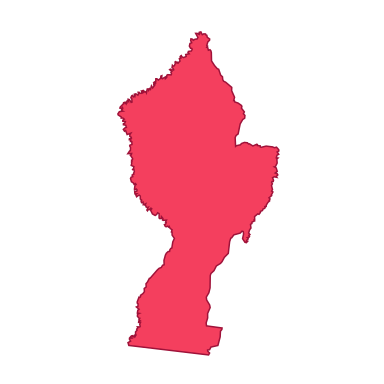 Cristalina, Goiás, Brazil (Robinson projection), rotated 187°
{"feature_id": "56859067B10276858229585", "entity_name": "Cristalina", "entity_type": "district", "adm_level": 2, "iso_a3": "BRA", "parent_name": "Brazil", "parent_adm1": "Goiás", "projection": "robinson", "projection_center": [-47.497, -16.702], "detail": "fine", "context": "isolated", "style": "filled", "palette": "rose", "viewbox_px": 384, "rotation_deg": 187, "n_neighbors": 0, "source": "geoboundaries", "source_scale": "gbopen_adm2", "svg_char_len": 6100}
<svg xmlns="http://www.w3.org/2000/svg" viewBox="0 0 384 384"><g transform="rotate(187 192 192)"><path d="M236.0,32.0L155.7,32.3L154.9,34.3L157.1,36.0L157.3,37.1L155.3,37.6L154.3,40.4L147.6,42.8L146.4,51.6L146.8,57.3L145.6,59.2L145.6,60.7L161.3,60.9L162.0,63.8L161.1,68.9L161.7,73.3L159.9,79.5L160.7,82.0L164.3,86.6L165.0,89.4L163.0,94.0L162.4,99.0L163.7,111.2L163.3,113.4L160.6,116.6L158.8,121.6L155.0,124.6L153.7,126.5L151.9,131.1L148.5,135.5L148.6,147.3L147.9,150.9L147.1,151.3L145.2,154.6L139.1,157.1L137.6,159.2L136.3,159.0L135.7,156.7L136.1,151.8L133.3,148.5L131.9,148.3L130.9,149.7L132.0,149.6L131.7,151.0L130.7,151.9L130.6,152.9L131.5,153.5L129.9,154.1L129.5,154.8L130.3,155.9L129.3,156.8L130.8,158.2L130.2,161.5L129.1,163.4L130.0,167.0L128.7,168.0L128.8,169.4L126.3,171.0L127.0,171.8L126.4,172.2L126.9,175.2L124.1,178.3L122.8,178.0L121.6,180.0L121.7,181.1L119.8,182.2L119.4,183.8L117.9,184.6L117.5,185.5L117.9,186.4L116.6,186.7L116.7,188.0L115.4,190.9L113.9,192.6L114.4,193.0L113.7,194.6L114.9,195.6L112.5,198.1L112.9,198.6L111.7,201.9L113.1,202.6L112.4,204.2L113.9,208.2L113.2,209.9L114.2,211.4L113.8,212.2L112.7,212.3L112.5,213.6L113.8,216.0L112.2,217.1L109.7,216.9L110.3,217.5L108.9,219.4L109.7,220.5L111.7,221.0L109.9,222.8L111.4,226.2L113.3,227.0L112.3,227.4L111.0,231.1L111.8,235.0L110.8,236.2L112.5,236.2L112.1,238.9L110.5,240.0L112.4,242.1L110.8,243.3L111.1,244.6L113.6,246.8L115.6,246.0L117.5,246.6L124.0,246.6L128.8,244.8L129.7,245.0L129.9,246.1L132.8,246.1L132.9,247.1L133.5,247.3L137.2,245.1L140.8,246.8L141.8,246.6L143.0,247.6L146.0,247.6L148.9,246.1L149.6,244.8L153.5,243.4L154.3,242.6L155.8,251.3L155.1,253.5L153.3,255.2L152.5,265.4L150.5,270.1L148.7,271.7L148.8,274.5L150.5,275.9L149.8,277.9L153.1,281.2L152.9,282.9L153.4,283.9L157.1,285.9L160.5,286.6L161.1,287.9L161.8,287.8L161.3,291.2L165.0,297.4L165.3,300.7L172.0,305.1L174.1,305.8L175.2,307.3L175.8,310.1L177.8,311.5L180.5,317.1L182.0,317.5L185.0,320.2L188.6,324.5L189.8,332.8L190.5,334.5L191.5,335.4L193.0,334.7L194.0,337.2L195.0,337.4L194.3,338.7L195.2,339.1L194.6,342.9L193.1,344.7L193.1,346.0L195.7,347.4L196.4,349.4L197.4,349.6L197.8,350.5L199.6,350.4L201.0,349.4L202.7,352.0L204.3,351.4L204.4,350.7L203.6,350.1L204.0,349.2L206.3,350.1L207.7,349.9L204.9,346.0L205.7,344.4L207.5,344.1L209.3,342.7L210.0,343.7L211.7,343.9L211.8,342.1L210.5,340.1L212.1,339.2L212.4,336.5L210.9,334.4L209.8,334.5L209.2,333.7L209.8,331.9L212.7,331.1L213.0,329.9L211.7,328.8L215.0,327.7L214.3,325.8L216.8,324.4L218.8,325.1L219.2,326.1L219.9,325.6L220.3,324.7L219.4,323.5L220.8,322.8L219.8,320.5L221.1,318.9L222.1,319.0L221.8,318.2L223.1,318.3L224.1,319.4L224.7,318.9L224.2,317.8L224.9,315.2L225.9,314.6L226.9,315.4L227.0,312.9L226.0,312.6L224.7,310.5L225.6,311.1L227.1,310.6L228.5,311.3L229.1,310.7L226.7,309.3L227.5,308.2L226.7,306.8L227.0,305.7L230.4,305.5L231.2,304.8L231.1,302.6L232.2,301.3L232.5,302.9L235.3,300.8L236.0,301.3L236.1,303.8L237.0,303.3L237.0,301.0L239.1,299.0L240.6,300.1L241.7,300.0L241.4,296.9L242.0,294.7L243.1,294.9L243.1,293.6L242.1,293.4L243.7,290.5L245.2,292.4L245.7,288.8L246.6,289.5L247.4,287.7L247.9,289.0L249.0,288.8L249.3,285.0L249.9,286.1L250.7,285.4L252.7,286.9L254.2,286.2L252.1,285.3L252.9,284.4L254.1,284.7L254.0,283.8L255.7,283.6L256.5,284.5L257.6,284.4L257.0,282.9L257.5,281.5L259.7,282.6L261.2,282.0L261.0,281.3L260.2,281.4L260.4,279.6L261.3,280.1L261.9,279.3L263.0,280.6L263.6,280.1L264.2,278.0L263.2,277.5L262.5,273.9L263.3,273.5L265.3,276.0L266.6,276.3L266.2,274.4L267.0,275.2L267.6,274.4L267.4,272.4L269.0,271.6L269.6,272.9L270.8,272.3L270.8,271.3L273.6,267.6L273.8,266.5L272.0,266.4L271.9,264.2L270.6,263.8L273.9,262.9L275.1,260.5L274.7,259.5L271.4,257.9L271.3,256.7L269.6,257.0L268.1,256.0L269.4,254.8L269.3,253.8L266.7,253.8L267.2,252.0L268.4,251.4L268.3,250.4L265.9,250.2L265.0,248.1L266.0,247.8L267.8,245.8L266.4,244.1L265.4,244.9L263.4,241.1L259.9,242.9L260.7,241.3L260.5,239.7L258.9,238.9L258.7,238.0L260.6,237.2L260.6,236.2L259.0,236.1L259.2,234.6L257.9,234.6L257.4,231.8L259.3,231.0L259.5,230.2L258.4,228.6L258.2,225.5L258.9,225.2L260.4,222.2L256.6,222.9L256.8,221.6L257.7,221.0L255.1,218.1L255.0,216.9L255.9,216.2L255.3,215.1L255.8,214.4L255.3,213.5L255.6,211.0L252.8,210.1L252.9,208.0L254.2,206.8L252.4,207.3L251.7,205.2L252.3,203.4L251.9,202.7L253.5,201.5L252.7,200.0L254.2,199.3L254.7,197.9L253.4,194.8L251.1,193.7L250.5,192.6L249.1,193.5L248.4,192.6L249.4,191.9L249.5,187.9L249.3,187.1L247.7,188.2L246.8,187.4L246.9,186.1L248.9,185.3L248.4,183.2L246.7,183.5L247.6,182.6L246.4,180.5L244.7,182.1L243.8,182.4L242.8,181.6L242.5,178.8L241.0,177.8L241.5,176.9L240.8,175.3L239.3,176.0L238.8,173.4L236.5,174.7L237.0,173.1L235.9,172.4L235.8,171.6L234.3,171.1L233.6,171.5L234.6,168.6L233.9,167.9L233.4,169.1L232.2,169.3L230.8,171.0L229.9,170.4L230.9,168.9L228.6,165.4L225.7,164.2L224.3,165.4L223.6,167.2L222.0,166.5L221.5,162.2L220.6,161.6L219.2,162.0L219.3,163.8L217.9,162.5L217.5,161.7L217.9,160.7L217.2,160.3L213.9,161.0L214.6,158.8L213.9,158.5L214.3,156.9L215.4,156.3L214.5,154.8L213.5,154.3L212.1,155.1L211.0,154.3L210.5,155.1L209.2,153.1L207.2,152.1L207.6,149.8L206.9,149.7L206.5,146.8L203.8,143.8L205.0,140.1L205.2,133.9L206.2,133.4L206.9,132.0L207.0,130.3L208.4,130.0L210.0,128.1L210.7,126.2L211.5,120.8L210.8,116.4L212.3,115.7L213.2,113.4L215.4,112.2L217.0,110.3L223.0,101.4L223.8,101.1L225.3,97.1L226.5,95.3L225.9,92.2L227.7,90.4L227.1,87.3L228.3,85.2L230.5,83.2L230.4,81.7L231.0,81.0L231.8,81.2L233.0,76.2L232.8,75.0L231.9,74.4L231.7,72.0L233.2,71.1L230.3,69.2L231.4,68.0L231.5,65.2L229.5,65.1L231.1,64.1L231.1,62.1L229.2,60.2L228.5,60.2L229.2,58.5L227.8,57.9L229.1,56.9L229.1,56.1L227.2,56.3L227.8,54.4L227.0,52.4L227.4,51.7L229.8,51.5L229.2,50.6L230.2,49.1L229.7,48.2L231.0,46.2L230.7,44.0L231.2,43.2L230.2,43.1L231.1,41.1L231.9,41.9L232.7,41.0L233.4,41.1L233.4,42.2L234.6,41.8L235.7,40.2L234.4,39.6L236.2,39.3L236.2,38.3L234.8,36.5L237.2,34.7L236.0,32.0ZM272.0,266.4L271.3,267.4L270.9,266.6L271.2,265.7L272.0,266.4ZM241.9,296.0L242.4,296.8L243.0,296.3L241.9,296.0ZM268.2,272.0L268.3,273.1L268.7,272.6L268.2,272.0Z" fill="#f43f5e" stroke="#9f1239" stroke-width="1.5"/></g></svg>